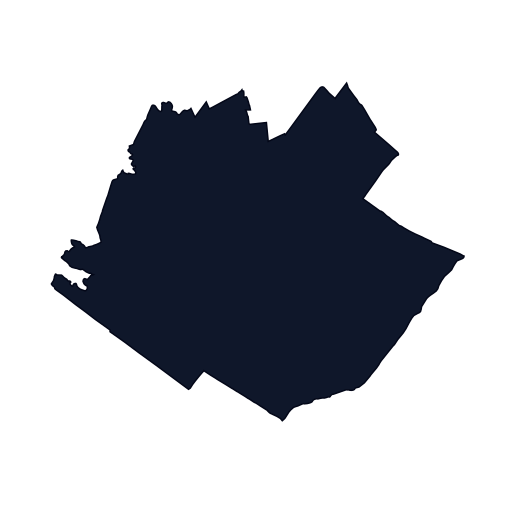 Poiana, Dâmbovita, Romania (Robinson projection), rotated 83°
{"feature_id": "2599482B93983600474327", "entity_name": "Poiana", "entity_type": "district", "adm_level": 2, "iso_a3": "ROU", "parent_name": "Romania", "parent_adm1": "Dâmbovita", "projection": "robinson", "projection_center": [25.674, 44.559], "detail": "fine", "context": "isolated", "style": "filled", "palette": "ink", "viewbox_px": 512, "rotation_deg": 83, "n_neighbors": 0, "source": "geoboundaries", "source_scale": "gbopen_adm2", "svg_char_len": 6066}
<svg xmlns="http://www.w3.org/2000/svg" viewBox="0 0 512 512"><g transform="rotate(83 256 256)"><path d="M380.1,339.2L379.1,337.3L375.8,334.6L372.5,331.4L368.8,327.6L365.3,323.8L363.7,321.9L363.4,321.7L364.2,320.9L368.8,315.5L372.3,311.1L373.7,309.5L380.0,301.5L384.3,296.2L385.1,295.1L388.1,291.5L388.9,290.3L390.4,288.5L393.9,284.1L396.4,281.2L397.2,280.0L401.0,275.6L402.1,273.8L403.7,271.9L405.1,270.3L411.0,263.1L411.2,263.3L412.5,262.3L413.3,261.6L413.9,260.9L417.7,254.8L420.2,251.6L420.5,251.4L422.7,250.0L421.4,248.1L420.4,246.9L414.9,242.4L412.9,240.2L410.8,237.1L410.3,235.0L409.9,232.6L408.5,228.1L408.3,226.9L408.6,226.2L408.7,223.3L408.4,220.7L408.1,219.4L407.5,218.1L406.6,217.4L406.1,216.9L405.5,215.9L405.1,214.0L405.1,213.1L405.4,212.0L405.1,209.6L405.0,207.3L405.3,205.4L405.0,203.0L404.6,201.7L404.9,200.1L404.5,199.5L403.9,199.1L403.0,198.0L402.6,197.3L402.6,196.0L402.4,195.0L400.0,183.9L399.8,183.0L399.9,182.0L400.1,181.5L400.3,179.8L400.7,179.2L401.0,177.2L400.9,176.0L400.8,175.5L400.4,174.6L399.1,173.5L398.6,169.7L395.1,163.9L389.1,157.5L387.8,156.4L381.8,150.0L378.8,147.3L377.2,146.2L375.0,144.3L362.2,131.2L360.8,129.4L356.2,125.5L350.3,119.3L346.5,116.1L340.6,112.0L336.6,108.9L334.3,106.6L332.7,102.7L332.1,100.8L331.2,99.5L329.1,98.6L326.4,97.8L319.0,91.8L317.5,89.9L316.2,87.8L314.5,84.5L312.7,81.4L310.6,79.5L307.7,78.2L303.0,74.8L299.2,71.4L296.0,66.8L293.5,63.5L290.4,61.4L287.8,59.4L285.3,57.1L283.8,51.7L283.2,50.5L282.4,49.8L281.4,49.5L281.1,50.2L278.9,53.1L270.2,68.4L264.5,79.5L264.1,79.9L263.4,80.1L262.7,80.6L258.7,87.0L257.5,88.7L253.2,95.9L249.7,101.1L246.0,106.0L244.2,108.1L243.4,109.7L243.2,110.2L238.8,114.2L237.8,115.6L236.6,116.9L233.9,119.3L232.8,120.7L231.7,121.8L228.2,124.7L226.6,126.7L226.5,127.4L225.9,128.1L212.1,143.0L209.8,140.7L208.3,139.5L196.4,128.5L187.5,120.7L186.0,119.2L181.5,113.5L180.4,112.3L179.3,111.4L177.5,109.8L174.6,105.8L173.7,104.4L173.3,103.5L173.2,102.6L172.5,102.2L172.0,102.2L170.7,102.6L169.8,103.3L167.5,105.4L161.8,110.4L147.6,123.3L146.5,122.3L145.5,121.3L144.7,121.4L142.8,122.0L135.3,125.6L135.1,125.8L123.9,130.5L119.6,132.5L119.0,132.9L117.8,134.5L116.2,135.6L113.1,136.8L108.8,139.4L101.0,143.7L100.0,144.1L97.8,144.4L95.4,145.0L108.1,157.3L109.4,158.2L103.2,163.7L100.6,165.4L96.9,168.1L96.4,168.9L96.2,169.8L96.4,170.9L96.9,171.9L99.3,174.4L102.3,177.3L132.8,205.9L139.5,212.3L139.1,212.7L138.2,212.8L139.5,217.1L143.8,229.9L124.8,229.4L124.6,245.9L124.1,246.7L123.8,246.8L123.2,246.9L116.7,246.8L115.3,247.3L111.8,247.8L109.9,248.6L109.9,247.5L110.3,243.7L105.8,244.1L105.2,244.4L102.0,244.8L97.8,245.7L96.9,246.2L97.0,248.4L95.6,248.6L93.9,248.3L92.6,248.2L90.8,248.2L90.5,249.1L90.1,249.6L89.3,249.7L90.5,250.9L91.5,252.8L93.0,254.4L93.2,255.7L99.3,271.4L102.7,280.1L103.8,283.1L104.1,284.5L97.0,286.6L110.8,299.6L110.4,299.8L101.6,302.6L102.3,303.4L103.4,306.1L103.3,307.5L102.9,308.3L102.6,309.0L103.0,310.4L104.0,311.8L106.3,314.3L106.4,315.1L106.0,316.2L105.5,316.9L104.4,317.3L103.6,317.8L103.0,318.6L102.4,320.2L102.1,321.5L101.3,321.9L100.2,321.8L98.8,321.1L97.1,320.7L95.6,321.0L94.3,321.6L92.8,322.8L92.3,324.3L92.8,324.8L93.5,325.9L93.5,326.9L92.8,328.1L92.3,329.2L92.4,330.4L93.2,331.0L95.0,330.9L96.1,331.2L98.9,331.6L100.2,331.9L100.7,332.5L100.9,333.5L100.1,334.6L99.1,335.5L97.4,336.5L96.2,337.0L94.8,337.8L94.2,338.5L93.7,339.8L93.9,340.7L94.7,341.4L97.7,343.1L102.9,346.2L104.7,347.0L107.1,347.9L108.6,350.0L109.8,350.9L110.0,351.0L111.9,352.1L127.5,362.7L130.4,364.0L131.4,368.3L132.8,368.3L133.7,368.5L134.5,369.2L135.0,370.0L135.8,370.1L136.6,369.8L137.1,369.3L137.5,368.6L139.0,367.8L139.4,367.4L139.8,366.4L140.3,366.2L140.9,366.5L141.7,367.2L142.7,369.5L143.3,369.8L144.0,369.5L144.3,369.1L144.8,367.3L145.4,366.5L146.0,366.2L147.0,366.6L147.8,367.3L149.4,368.4L150.4,368.3L150.9,367.6L152.3,366.8L151.7,365.0L152.2,364.7L152.9,364.6L153.9,365.4L154.0,366.6L154.4,367.3L155.3,367.1L155.5,366.4L156.7,365.9L157.5,365.4L158.7,365.1L159.7,365.5L159.9,366.0L160.0,367.1L159.9,368.5L159.3,370.2L158.6,371.6L158.4,372.6L159.1,372.8L159.1,373.5L158.5,374.6L157.3,376.8L155.9,377.5L154.6,377.8L155.0,378.5L155.8,379.1L157.5,380.0L158.1,380.9L159.1,383.0L160.3,383.6L162.2,383.8L162.6,384.8L163.0,387.7L163.5,388.9L164.5,389.7L168.6,391.6L178.0,395.7L180.3,397.0L192.2,402.8L192.4,402.7L193.1,403.0L197.6,405.4L200.7,406.6L204.5,408.4L208.1,410.5L210.6,410.1L215.3,408.8L216.9,408.5L219.0,408.5L221.7,408.0L223.3,408.0L223.8,408.9L224.4,410.6L225.2,413.2L225.6,415.5L226.2,417.0L226.5,421.1L227.0,422.4L227.1,424.2L225.1,425.1L223.6,426.4L223.0,427.4L222.5,428.0L221.5,428.3L220.4,429.0L219.9,430.9L219.1,432.4L218.5,434.0L217.9,435.8L217.6,437.3L218.1,437.5L219.7,437.5L221.3,437.3L222.5,436.8L223.6,435.6L224.7,435.0L225.8,437.2L225.7,437.3L226.8,439.0L227.9,440.0L228.8,440.9L228.6,441.9L227.8,442.7L227.8,444.2L228.8,445.2L230.0,445.5L231.4,446.4L232.3,447.7L233.5,448.2L233.1,449.0L233.9,449.3L234.1,449.2L237.2,446.4L238.3,445.0L239.5,444.0L241.2,442.7L243.0,442.1L244.8,440.0L246.0,437.0L246.5,435.4L247.5,433.4L248.1,431.9L248.0,429.8L248.4,429.2L251.0,426.5L252.8,423.6L252.9,423.2L252.9,422.5L253.0,422.0L254.1,421.0L254.7,419.8L254.9,420.6L254.9,421.9L255.5,422.6L256.0,422.9L258.8,426.2L257.6,428.7L257.9,429.7L258.8,430.4L260.2,430.8L260.8,430.6L262.6,430.1L263.9,429.1L264.6,428.3L264.7,427.5L266.8,427.2L267.9,427.5L268.8,428.1L269.7,429.2L269.7,430.1L268.2,433.2L267.4,434.6L265.6,436.5L264.0,437.4L262.1,437.7L261.4,438.0L261.2,438.5L261.3,439.5L261.5,440.2L262.2,440.9L263.4,441.4L263.4,441.9L263.1,442.8L262.1,443.5L261.2,444.0L259.9,443.9L259.9,443.5L259.3,443.0L258.4,443.5L258.1,444.1L257.9,445.5L257.1,446.1L255.9,446.8L255.1,447.9L253.7,449.4L252.3,450.4L251.3,451.3L250.5,456.1L249.5,456.9L249.7,457.4L251.8,458.6L253.1,458.9L254.7,459.5L256.2,460.3L257.5,461.5L258.8,462.5L260.3,461.8L260.9,461.3L262.2,459.9L264.0,459.6L265.4,458.3L271.4,451.8L276.2,447.0L282.2,441.0L290.7,432.0L299.4,423.2L311.6,409.9L313.4,410.1L325.5,396.8L337.6,384.2L352.3,368.4L380.1,339.2Z" fill="#0f172a" stroke="#020617" stroke-width="1.5"/></g></svg>